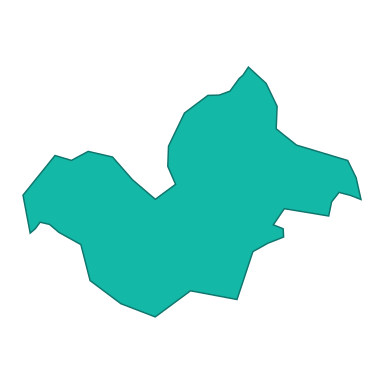 map outline of Şoldăneşti (orthographic projection)
{"feature_id": "MDA-1646", "entity_name": "Şoldăneşti", "entity_type": "District", "adm_level": 1, "iso_a3": "MDA", "parent_name": "Moldova", "parent_adm1": "", "projection": "orthographic", "projection_center": [28.717, 47.85], "detail": "fine", "context": "isolated", "style": "filled", "palette": "teal", "viewbox_px": 384, "rotation_deg": 0, "n_neighbors": 0, "source": "natural_earth", "source_scale": "10m", "svg_char_len": 700}
<svg xmlns="http://www.w3.org/2000/svg" viewBox="0 0 384 384"><path d="M155.2,316.9L120.9,303.7L90.1,280.6L80.9,244.6L58.8,232.3L49.5,224.4L40.1,222.2L35.4,228.6L30.2,233.1L23.0,195.2L55.0,155.5L71.4,160.4L88.2,151.4L112.5,157.0L132.4,179.7L155.3,199.3L175.6,184.3L167.8,166.4L168.5,146.2L184.5,113.0L207.9,95.4L219.1,95.1L230.0,91.1L239.3,78.4L242.9,75.3L248.2,67.4L248.4,67.1L248.6,67.3L266.1,83.4L277.1,106.3L276.2,128.8L283.8,135.0L296.5,145.1L347.7,160.5L356.1,177.7L361.0,199.5L350.2,195.3L339.0,192.4L331.6,201.9L328.7,216.0L284.3,208.7L273.3,224.8L283.2,228.8L283.6,237.0L267.9,243.2L252.9,251.6L237.0,299.5L190.5,290.8L155.2,316.9Z" fill="#14b8a6" stroke="#0f766e" stroke-width="1.5"/></svg>